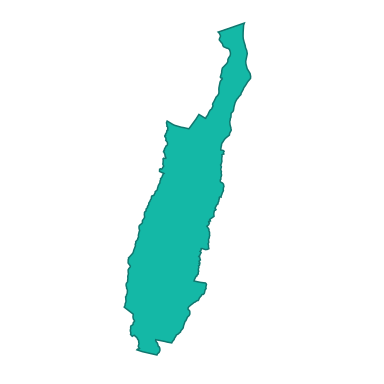 outline of Gatundu South, Central, Kenya, rotated 71°
{"feature_id": "3690345B82721742326841", "entity_name": "Gatundu South", "entity_type": "district", "adm_level": 2, "iso_a3": "KEN", "parent_name": "Kenya", "parent_adm1": "Central", "projection": "orthographic", "projection_center": [36.813, -0.954], "detail": "fine", "context": "isolated", "style": "filled", "palette": "teal", "viewbox_px": 384, "rotation_deg": 71, "n_neighbors": 0, "source": "geoboundaries", "source_scale": "gbopen_adm2", "svg_char_len": 6101}
<svg xmlns="http://www.w3.org/2000/svg" viewBox="0 0 384 384"><g transform="rotate(71 192 192)"><path d="M49.3,87.5L49.3,115.2L50.3,114.7L51.4,114.4L53.3,114.2L54.4,114.6L55.8,116.0L57.0,116.7L60.5,115.5L61.2,115.1L62.3,115.0L63.6,115.1L64.8,114.9L67.2,112.4L68.1,111.0L69.6,110.2L71.4,110.2L72.5,110.3L73.7,110.6L75.0,111.2L76.0,112.1L76.8,113.4L77.8,114.4L78.7,115.1L80.3,115.6L81.0,116.3L81.9,117.4L84.6,122.8L85.2,123.3L87.4,124.6L88.5,124.9L90.5,126.3L92.5,127.8L93.5,127.6L94.1,126.5L94.9,126.6L96.5,129.1L97.4,129.8L102.2,132.6L104.2,133.4L105.2,133.6L107.5,134.5L108.3,135.3L109.3,136.6L110.0,138.2L114.0,142.2L114.6,143.0L115.7,144.0L117.3,144.1L118.3,144.8L118.9,145.6L119.7,146.1L120.1,146.9L120.3,147.8L121.0,148.8L122.3,150.2L124.2,151.9L124.9,152.7L125.3,153.7L126.8,155.1L126.2,155.8L120.9,160.2L124.3,164.4L130.7,173.6L131.2,174.4L128.3,179.1L127.3,181.0L123.3,186.7L121.8,188.2L116.8,192.4L118.2,193.6L119.5,193.8L120.5,193.8L121.6,194.4L122.5,193.9L123.7,194.0L124.7,194.7L125.6,194.7L125.8,195.8L126.8,196.3L127.8,197.0L128.8,198.4L129.9,198.6L130.0,199.5L130.8,199.7L131.9,199.2L133.6,199.3L134.5,200.0L136.6,199.2L137.7,199.2L139.4,199.9L139.9,200.6L139.9,201.4L141.3,202.8L141.9,203.6L142.7,204.3L143.6,204.5L143.8,205.2L144.7,205.9L145.6,205.4L146.5,205.5L147.6,205.4L149.7,205.8L150.6,205.5L151.5,205.7L151.4,206.8L150.8,207.7L151.3,208.7L152.4,208.8L155.3,210.0L156.0,210.5L156.8,210.5L157.9,210.3L158.7,210.6L159.1,211.6L160.1,212.4L160.5,213.3L159.8,214.1L159.9,215.2L161.1,215.7L162.0,216.0L165.3,212.5L165.6,213.3L166.9,214.6L167.7,215.2L168.2,215.7L168.7,216.4L169.1,217.4L170.2,217.6L171.0,218.5L173.1,219.5L173.6,220.3L174.9,221.7L177.1,223.3L178.4,224.0L179.1,224.9L179.4,226.1L179.8,226.8L180.7,227.1L182.7,229.2L182.7,231.4L183.5,232.0L185.0,232.6L186.1,234.0L187.1,234.8L188.4,236.5L190.1,237.2L190.5,238.0L191.3,238.9L192.3,239.2L193.1,240.9L194.9,241.6L195.3,242.8L195.9,243.6L197.0,244.0L197.7,244.4L200.4,245.0L201.8,246.5L202.7,248.0L203.5,248.5L204.5,248.6L205.1,249.2L205.5,249.8L206.3,252.1L206.7,252.8L207.7,253.5L209.6,254.0L210.6,254.0L211.7,254.2L212.2,254.8L215.4,256.8L217.4,257.3L218.1,258.4L219.0,258.7L219.5,259.3L219.8,260.1L220.8,261.5L222.0,261.7L222.8,262.7L224.5,263.0L228.3,266.2L229.2,266.7L230.2,267.5L230.7,268.1L233.1,272.3L233.6,273.5L234.5,273.6L235.1,274.3L238.3,275.5L241.2,274.6L241.9,274.4L242.6,274.7L243.2,275.5L243.8,276.6L244.9,277.8L247.7,278.6L248.6,278.7L250.8,280.2L253.0,280.8L254.5,281.6L255.4,281.9L256.1,282.3L257.0,283.8L258.0,284.4L259.2,284.8L260.9,284.9L261.8,285.2L262.8,285.0L263.7,285.0L266.0,285.9L267.2,286.6L267.8,287.3L269.2,288.2L269.6,289.0L270.9,289.2L271.8,289.5L273.2,289.8L274.3,290.2L276.2,291.8L277.5,292.1L278.1,293.0L278.8,293.6L288.4,287.3L290.9,288.5L293.0,288.8L293.9,288.5L295.3,288.3L295.8,288.9L296.1,289.7L296.9,290.4L298.0,290.8L298.4,291.7L298.7,293.3L299.6,294.0L301.4,294.5L302.1,295.1L303.4,295.6L304.7,295.6L305.8,295.9L306.7,296.5L309.0,295.5L308.7,294.3L308.8,293.0L310.3,292.5L310.9,291.9L311.8,291.5L313.5,291.3L314.3,291.0L315.2,290.9L317.0,291.4L318.0,291.4L320.2,293.0L320.9,293.1L322.9,292.6L323.0,293.9L322.8,294.7L323.3,295.5L326.8,290.9L334.7,278.2L333.7,277.3L333.0,275.4L331.5,274.0L330.4,273.6L328.9,273.3L327.6,273.5L327.0,274.1L323.5,273.9L322.6,274.4L321.5,274.6L320.7,274.8L319.8,274.4L324.5,266.3L325.8,264.4L328.1,260.3L326.9,259.1L326.3,257.9L325.5,256.8L324.7,256.3L323.1,254.2L322.1,253.4L321.7,251.0L321.1,249.9L320.6,248.4L319.6,247.8L318.2,245.3L317.5,244.5L315.7,243.5L312.1,240.7L311.7,239.7L308.8,237.0L307.9,235.0L307.0,234.0L306.0,233.5L304.3,233.0L303.4,233.0L301.7,233.9L300.4,233.5L299.6,232.6L299.1,231.6L298.6,230.0L298.1,229.2L298.0,228.3L297.1,226.0L297.1,224.9L296.7,223.8L296.4,222.6L296.6,221.5L296.1,220.8L294.6,219.5L293.6,217.9L293.2,217.0L292.4,216.4L292.2,215.7L292.5,214.8L292.1,213.8L291.6,213.2L288.7,211.4L288.4,210.7L287.7,210.0L286.6,210.0L284.1,208.4L283.3,208.5L282.4,208.9L280.3,213.2L278.6,216.1L276.8,219.0L275.6,218.2L273.1,215.7L273.0,214.7L272.2,214.2L271.5,212.7L270.7,212.6L269.8,212.1L269.0,211.4L268.1,211.5L266.8,211.0L265.5,210.0L264.0,209.9L263.7,208.8L262.8,208.3L261.8,208.5L261.8,207.7L261.0,207.6L259.9,207.9L259.3,207.3L259.0,206.2L258.3,206.1L257.2,206.2L255.9,205.9L255.3,206.6L254.8,206.0L254.4,205.2L253.5,204.5L252.3,203.1L251.5,203.3L250.8,203.8L250.3,202.8L249.6,202.1L248.5,201.7L248.7,200.9L250.9,198.0L251.3,196.1L251.1,194.5L249.3,194.3L247.6,193.7L246.7,193.8L245.9,193.5L245.4,192.7L244.6,192.4L242.7,192.0L241.9,191.6L241.3,190.9L239.5,189.9L238.7,189.3L237.8,189.3L236.7,188.8L235.7,188.5L233.8,188.6L232.7,188.1L229.2,189.1L228.4,186.9L226.9,185.6L226.2,186.1L225.3,185.9L225.4,184.0L224.6,184.0L223.7,184.2L222.2,179.1L220.8,178.8L219.7,178.5L218.9,178.1L217.5,177.3L216.8,176.6L216.8,175.6L216.4,175.0L214.8,175.5L212.5,173.1L211.9,172.2L211.7,171.3L210.6,170.9L209.3,169.6L207.8,169.0L207.4,168.3L206.6,168.3L205.8,167.7L205.8,166.9L206.3,166.2L205.5,165.9L203.5,164.2L202.7,163.7L201.5,162.4L200.6,161.7L199.8,161.7L199.1,161.3L198.3,161.0L197.2,160.0L194.8,159.7L193.8,160.1L193.1,160.5L192.6,161.2L191.5,161.8L189.8,161.4L189.4,160.6L187.6,160.0L186.7,159.2L185.6,158.5L183.7,158.3L182.2,157.5L181.3,157.6L179.7,157.4L178.3,156.3L177.3,155.9L176.5,156.2L175.7,156.2L175.2,155.4L172.7,153.7L171.3,153.4L169.3,152.7L168.5,152.1L166.5,151.6L166.4,149.5L165.3,149.6L164.6,149.1L164.0,148.4L163.2,148.7L162.5,149.6L161.7,151.1L160.9,150.9L159.3,150.0L158.4,149.6L157.9,149.1L157.0,148.8L155.6,147.8L154.7,146.5L153.4,144.9L152.6,143.8L151.8,142.1L150.4,138.1L148.7,137.3L146.5,134.9L145.7,134.6L144.7,134.6L143.9,134.3L143.0,134.3L140.6,134.1L137.7,133.4L136.3,132.4L135.2,132.0L133.9,130.8L130.3,129.4L129.2,127.1L128.3,126.2L125.2,124.6L121.5,122.1L120.0,120.6L118.7,119.1L118.1,117.9L117.1,116.6L115.8,114.0L114.7,113.5L111.7,110.2L110.3,109.1L108.8,106.9L105.9,103.4L103.7,99.7L101.8,98.9L98.9,98.5L93.4,99.7L88.4,99.3L86.0,98.7L79.2,94.7L75.9,94.2L73.0,94.4L70.7,94.0L66.9,93.9L63.7,93.6L61.4,93.0L57.3,91.5L51.1,88.9L49.3,87.5Z" fill="#14b8a6" stroke="#0f766e" stroke-width="1.5"/></g></svg>